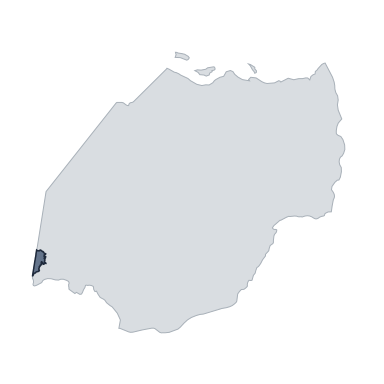 location of Missenyi, Kagera, United Republic of Tanzania, rotated 279°
{"feature_id": "72390352B46245922571369", "entity_name": "Missenyi", "entity_type": "district", "adm_level": 2, "iso_a3": "TZA", "parent_name": "United Republic of Tanzania", "parent_adm1": "Kagera", "projection": "orthographic", "projection_center": [31.423, -1.204], "detail": "fine", "context": "in_parent", "style": "filled", "palette": "slate", "viewbox_px": 384, "rotation_deg": 279, "n_neighbors": 0, "source": "geoboundaries", "source_scale": "gbopen_adm2", "svg_char_len": 6494}
<svg xmlns="http://www.w3.org/2000/svg" viewBox="0 0 384 384"><g transform="rotate(279 192 192)"><path d="M140.4,274.6L136.1,272.3L132.1,271.0L128.9,269.4L127.5,267.9L124.4,267.3L121.8,267.1L119.3,265.7L114.3,265.1L113.8,264.2L113.7,262.1L112.8,261.6L111.0,261.1L109.1,261.1L107.9,261.4L107.1,261.2L105.5,260.0L104.0,258.5L103.4,256.0L101.1,254.4L98.5,253.1L91.2,253.3L90.0,252.9L88.3,251.6L86.2,249.6L84.6,247.2L83.1,244.0L81.6,239.6L73.2,222.3L72.3,219.0L70.6,215.4L67.9,210.9L65.0,207.6L61.2,204.6L56.7,201.6L54.4,199.6L49.8,191.4L48.8,187.6L48.1,183.6L48.4,182.0L51.2,176.9L51.5,175.5L51.2,173.5L49.8,169.5L48.0,164.5L44.3,155.5L43.8,153.2L43.9,151.5L46.0,142.4L45.9,141.1L54.4,141.3L60.6,137.2L66.0,131.2L67.1,128.7L69.3,124.9L71.4,123.0L72.2,121.6L73.5,117.8L76.3,115.2L79.1,113.2L78.5,111.8L78.9,111.3L80.4,110.2L83.3,109.3L83.9,107.3L83.9,105.0L83.4,103.7L83.5,102.3L83.1,101.4L81.1,101.2L78.3,100.1L75.9,99.6L74.3,99.0L73.7,98.5L73.4,97.1L74.8,93.6L73.4,92.2L76.4,86.3L76.9,85.6L78.0,85.5L79.7,84.9L81.3,84.6L82.6,84.9L83.5,84.6L84.4,84.0L85.1,82.0L85.7,78.7L85.3,76.0L84.1,73.9L83.8,70.7L84.3,66.5L83.9,63.0L82.6,60.1L81.2,58.5L79.0,57.7L75.7,53.3L74.6,51.3L74.8,50.0L76.0,49.4L78.1,49.6L80.1,49.1L82.0,47.9L83.8,47.6L84.8,47.8L169.6,47.8L268.3,103.3L268.7,103.9L269.5,108.7L269.3,110.3L267.8,113.1L267.3,114.5L267.3,115.5L267.7,115.9L269.0,116.0L270.1,116.7L270.5,117.2L271.3,119.3L272.3,120.3L309.4,147.5L310.3,147.9L309.7,150.2L307.6,155.7L307.4,158.0L306.6,160.7L305.7,162.5L303.5,170.2L301.7,173.1L299.1,179.9L298.7,185.1L300.0,188.8L300.4,192.2L303.2,195.5L305.5,196.7L307.0,198.2L309.7,201.7L311.2,205.2L316.1,207.0L318.0,210.9L317.3,213.6L314.9,215.8L312.7,219.4L310.9,224.2L310.8,231.4L311.9,230.3L314.5,232.1L314.7,237.5L311.9,243.7L311.1,246.6L310.9,249.1L312.7,256.5L315.5,260.3L315.3,261.5L314.5,262.5L319.4,269.2L318.8,275.0L320.6,279.5L321.3,283.5L322.5,286.5L322.7,288.5L321.1,290.8L324.7,291.4L326.8,293.3L327.8,295.1L330.4,295.0L331.8,296.3L333.8,297.3L338.3,300.3L339.5,301.9L340.2,303.3L327.4,312.8L322.8,315.2L319.6,316.3L316.1,317.0L312.8,318.4L309.7,320.8L305.7,322.0L300.8,322.0L295.7,323.6L287.6,328.5L283.0,325.7L279.4,324.9L275.2,324.9L272.6,325.3L271.7,325.9L270.8,327.5L270.1,330.3L267.3,332.9L262.4,335.4L257.9,336.3L253.9,335.7L251.1,334.6L249.7,333.2L247.6,332.5L244.8,332.6L242.1,333.6L239.5,335.6L235.4,336.4L229.8,336.2L226.8,335.2L226.4,333.6L223.9,331.6L219.4,329.4L216.1,329.4L213.9,331.5L212.0,332.8L210.2,333.4L208.6,333.4L206.3,332.8L200.1,332.6L194.2,332.7L193.6,329.6L192.4,327.8L191.4,326.7L189.4,326.4L188.8,325.5L188.1,323.6L187.1,322.0L185.8,320.7L185.0,319.4L184.8,318.3L185.0,317.0L186.3,313.9L186.7,311.7L186.6,309.5L185.9,307.3L184.5,304.6L184.7,303.8L184.3,302.0L184.2,300.7L184.5,299.1L184.3,297.0L183.1,292.5L183.1,291.3L181.8,289.2L177.9,284.0L177.8,283.3L171.6,278.1L169.1,277.0L168.2,278.0L167.9,278.9L168.1,280.5L168.0,281.4L167.7,281.7L166.3,281.7L165.3,281.5L163.0,280.1L161.2,279.8L156.6,280.0L155.0,280.3L153.8,280.0L151.4,277.6L148.6,277.1L146.0,277.0L141.9,274.3L140.4,274.6ZM317.1,188.0L319.0,193.7L318.8,194.8L317.3,195.5L316.6,195.5L315.7,194.6L315.1,192.7L314.0,193.1L312.1,190.8L310.3,190.7L308.7,187.9L309.4,185.5L309.1,181.4L311.1,179.3L312.3,175.8L313.5,178.2L313.8,181.9L315.4,186.4L317.1,188.0ZM327.4,153.8L327.5,155.1L327.1,156.4L327.1,160.5L326.9,163.2L325.4,167.0L324.1,168.3L323.0,167.9L322.1,167.3L321.4,166.2L322.9,159.4L322.3,154.3L325.1,154.8L327.4,153.8ZM321.9,236.6L320.5,236.9L319.9,236.6L319.1,235.4L320.6,234.5L322.2,232.6L325.7,229.9L327.3,227.8L327.0,229.9L325.0,234.5L323.3,234.8L321.9,236.6Z" fill="#d9dde1" stroke="#a8b0b8" stroke-width="1"/><path d="M109.9,49.7L110.0,49.4L109.9,49.1L109.8,48.6L109.9,48.4L110.1,48.2L110.3,47.8L110.4,47.6L109.3,47.6L108.2,47.6L106.5,47.6L105.7,47.7L104.5,47.7L103.4,47.7L102.6,47.6L102.3,47.7L102.2,47.7L101.7,47.6L101.1,47.7L99.4,47.6L98.8,47.6L98.3,47.6L97.9,47.6L96.5,47.6L95.9,47.6L93.4,47.6L93.2,47.6L92.5,47.6L91.6,47.7L91.2,47.6L90.5,47.6L89.4,47.6L88.6,47.6L87.8,47.6L87.4,47.6L86.2,47.6L84.5,47.6L84.3,47.6L84.2,47.6L83.7,47.6L84.6,47.9L84.8,48.0L85.1,48.2L85.4,48.3L85.5,48.2L85.8,48.2L85.9,48.3L86.1,48.4L86.3,48.3L86.6,48.6L86.8,48.7L86.9,48.8L87.0,48.9L87.1,49.0L87.3,49.2L87.4,49.4L87.4,49.5L87.4,49.8L87.6,50.0L87.8,50.2L88.2,50.3L88.3,50.4L88.5,50.5L88.8,50.8L88.9,51.1L89.0,51.3L89.1,51.6L89.1,51.8L89.2,52.0L89.3,52.2L89.5,52.4L89.4,52.4L89.4,52.5L89.7,52.7L89.7,52.8L89.9,53.0L90.0,53.3L90.3,53.4L90.5,53.4L90.6,53.5L90.8,53.5L91.0,53.4L91.0,53.2L91.3,53.1L91.5,52.9L91.8,52.8L91.9,52.7L92.0,52.7L92.1,52.8L92.4,52.7L92.5,52.8L92.9,52.9L93.1,52.9L93.2,53.0L93.3,53.0L93.5,53.0L93.8,53.0L93.8,52.9L94.0,52.8L94.1,53.0L94.3,53.0L94.5,53.1L94.6,53.3L94.8,53.3L95.0,53.5L95.2,53.4L95.4,53.7L95.6,53.8L95.8,53.9L95.9,53.7L96.1,53.7L96.1,53.8L96.1,54.0L96.3,54.0L96.5,54.4L96.6,54.5L96.8,54.6L96.9,54.4L96.9,54.5L96.9,54.8L97.0,54.8L97.4,54.9L97.4,54.7L97.2,54.5L97.2,54.4L97.3,54.4L97.5,54.4L97.9,54.3L98.2,54.3L98.3,54.2L98.4,54.3L98.5,54.4L98.6,54.5L98.7,54.9L98.7,55.0L98.8,54.9L98.8,54.7L98.9,54.4L99.1,54.3L99.2,54.2L99.5,54.2L99.6,54.3L99.6,54.5L99.4,54.6L99.3,54.8L99.2,54.8L99.1,55.0L98.9,55.1L98.8,55.4L98.7,55.5L98.6,55.8L98.4,55.7L98.3,55.9L98.2,55.9L98.0,56.1L97.9,56.2L97.8,56.3L97.7,56.4L97.6,56.5L97.4,56.6L97.4,56.8L97.5,56.9L97.5,57.0L97.8,57.0L98.0,57.1L98.4,57.1L98.5,57.3L98.5,57.5L98.6,57.9L98.6,58.4L98.6,58.9L98.8,58.9L98.9,58.6L99.0,58.5L99.0,58.4L99.4,58.1L99.4,57.9L99.4,57.7L99.5,57.7L99.9,57.4L100.3,57.2L100.5,57.1L100.8,57.1L101.3,57.4L101.6,57.3L102.0,57.3L102.3,57.2L102.5,57.2L102.7,56.8L102.8,56.7L103.0,56.6L103.2,56.4L103.3,56.4L103.5,56.4L103.7,56.5L103.7,56.8L103.7,57.1L103.7,57.3L103.8,57.5L104.0,57.5L104.4,57.5L104.6,57.6L104.8,57.6L105.0,57.3L105.1,57.1L105.2,56.9L105.2,56.7L105.3,56.8L105.3,56.7L105.4,56.4L105.5,56.1L105.8,56.1L106.0,56.1L105.9,56.1L106.0,56.1L106.3,55.9L106.5,55.8L106.8,55.9L106.8,56.0L107.0,56.1L107.2,56.3L107.2,56.5L107.3,56.6L107.3,56.8L107.3,57.0L107.5,57.1L107.9,57.2L108.2,57.1L108.2,56.9L108.2,56.7L108.2,56.2L108.3,56.1L108.5,55.7L108.8,55.3L108.8,55.2L109.1,54.9L109.3,54.8L109.6,54.7L109.7,54.4L109.8,54.4L109.6,54.3L109.7,54.2L109.8,54.0L109.8,53.9L110.0,53.8L110.0,53.7L109.9,53.4L110.0,53.2L110.2,52.9L110.3,52.8L110.3,52.7L110.4,52.4L110.5,52.3L110.6,52.1L110.7,51.9L110.8,52.0L110.9,51.9L111.0,51.6L110.9,51.4L110.9,51.1L110.7,50.8L110.5,50.7L110.4,50.7L110.2,50.6L110.1,50.4L109.9,50.2L109.9,49.7Z" fill="#64748b" stroke="#1e293b" stroke-width="1.5"/></g></svg>